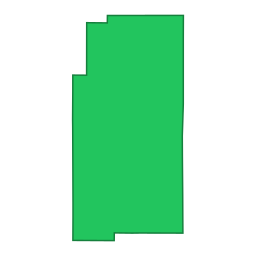 outline of Lee, Mississippi, United States of America
{"feature_id": "52423323B67844258759837", "entity_name": "Lee", "entity_type": "district", "adm_level": 2, "iso_a3": "USA", "parent_name": "United States of America", "parent_adm1": "Mississippi", "projection": "equal_earth", "projection_center": [-88.697, 34.292], "detail": "fine", "context": "isolated", "style": "filled", "palette": "green", "viewbox_px": 256, "rotation_deg": 0, "n_neighbors": 0, "source": "geoboundaries", "source_scale": "gbopen_adm2", "svg_char_len": 424}
<svg xmlns="http://www.w3.org/2000/svg" viewBox="0 0 256 256"><path d="M72.9,240.4L114.2,240.6L114.3,232.9L132.2,233.1L139.9,233.0L182.9,233.1L182.8,217.9L182.7,195.0L182.4,157.9L182.3,135.9L183.3,104.0L183.3,55.1L183.3,38.1L183.4,15.4L107.4,15.5L107.3,22.9L86.7,22.7L86.6,75.2L72.8,75.1L72.8,90.1L72.6,119.4L72.7,127.0L72.9,172.4L73.0,202.6L73.0,218.0L72.9,240.4Z" fill="#22c55e" stroke="#15803d" stroke-width="1.5"/></svg>